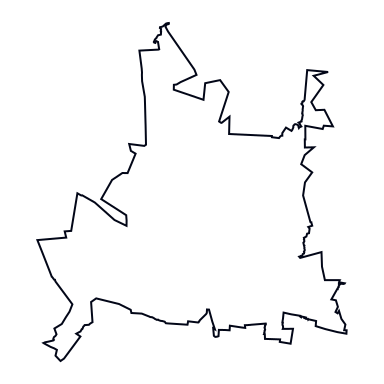 outline of Charcas, San Luis Potosí, Mexico
{"feature_id": "50627088B65419773344974", "entity_name": "Charcas", "entity_type": "district", "adm_level": 2, "iso_a3": "MEX", "parent_name": "Mexico", "parent_adm1": "San Luis Potosí", "projection": "orthographic", "projection_center": [-101.043, 23.271], "detail": "fine", "context": "isolated", "style": "outline", "palette": "ink", "viewbox_px": 384, "rotation_deg": 0, "n_neighbors": 0, "source": "geoboundaries", "source_scale": "gbopen_adm2", "svg_char_len": 5696}
<svg xmlns="http://www.w3.org/2000/svg" viewBox="0 0 384 384"><path d="M328.1,72.0L307.2,70.1L304.6,99.8L303.8,101.2L302.8,101.3L302.7,101.7L302.3,101.9L302.3,102.4L302.5,102.6L302.4,102.9L302.1,103.1L301.9,103.3L301.8,103.5L301.7,103.6L301.4,103.7L301.4,104.0L301.8,104.5L302.3,104.8L302.5,105.0L303.0,105.8L303.1,106.2L303.1,106.4L302.9,107.0L302.9,107.3L302.9,107.6L302.9,108.1L302.7,108.8L302.6,109.2L302.7,109.5L302.7,110.2L302.7,110.8L302.6,111.4L302.5,111.6L302.4,112.0L302.5,113.1L302.2,113.3L302.3,113.5L302.3,114.0L302.6,114.5L302.8,115.3L302.6,115.8L302.5,116.2L302.3,117.5L302.2,118.0L302.1,119.0L301.9,119.5L301.5,120.6L301.3,120.8L301.2,121.0L301.6,121.4L301.6,121.5L301.4,121.6L300.9,121.4L300.2,122.0L299.1,122.4L299.0,122.5L298.7,122.6L298.8,122.7L299.3,123.1L299.5,123.4L299.8,123.7L299.9,124.0L300.0,124.3L300.2,124.6L300.5,125.4L300.7,125.6L301.0,126.1L301.3,126.5L299.3,127.4L298.9,128.0L298.6,127.2L298.2,125.3L297.1,124.6L295.7,124.2L295.1,124.2L294.6,124.4L294.3,124.8L293.6,125.5L293.3,126.0L293.3,127.5L292.2,130.0L291.5,130.9L290.5,130.3L286.0,127.6L282.3,133.1L282.3,135.7L281.2,135.7L279.9,136.8L279.0,138.1L271.9,137.2L271.9,136.0L229.1,134.0L229.5,116.7L221.7,122.8L221.3,122.7L221.1,122.8L219.1,121.5L228.7,92.0L220.1,80.1L205.2,83.2L203.5,99.8L173.8,89.7L173.9,84.8L176.6,84.5L180.6,82.1L196.5,74.9L194.4,69.6L168.1,31.6L165.5,26.8L166.1,25.4L166.5,24.8L167.5,24.3L168.3,24.2L168.9,23.8L168.8,23.0L167.3,23.2L166.0,23.6L164.9,24.6L162.9,26.4L161.5,26.9L160.0,27.2L159.9,28.1L161.1,29.0L160.7,31.3L160.8,31.7L161.1,31.7L160.9,34.6L158.3,35.2L157.9,35.4L157.6,36.0L156.5,37.6L156.5,37.9L154.9,39.5L154.3,41.1L154.0,41.5L153.8,42.0L154.0,42.3L154.2,42.6L155.3,42.9L155.5,42.1L156.1,41.3L156.4,41.1L156.6,41.1L157.6,41.9L157.8,42.0L158.0,42.0L159.2,49.3L158.5,49.6L139.4,50.6L141.7,68.5L142.0,72.5L141.9,75.0L142.1,81.2L144.8,96.8L144.9,99.8L145.0,103.3L145.5,122.1L145.6,125.4L146.0,144.7L144.3,145.9L129.2,144.0L130.9,150.9L135.6,153.7L127.6,173.1L122.4,173.0L112.1,179.9L101.2,199.1L126.2,215.2L126.6,220.6L126.5,225.8L114.5,220.0L94.8,202.5L82.2,195.3L81.3,195.5L77.4,193.3L71.2,230.9L64.7,231.4L65.3,233.9L66.2,237.6L46.5,239.3L37.4,240.1L42.4,252.7L49.6,271.1L51.6,276.3L51.7,276.7L51.9,276.8L52.1,276.9L54.2,279.7L55.0,279.8L55.4,281.4L72.4,304.3L69.5,311.7L65.9,317.2L61.8,324.0L54.4,328.5L56.5,334.3L55.7,335.6L55.2,336.2L54.4,336.7L54.0,337.1L53.4,338.5L53.3,339.1L53.9,339.9L53.5,340.4L52.6,340.6L52.4,340.7L48.1,341.7L45.0,342.3L44.0,342.8L43.5,343.0L43.8,343.2L44.1,343.4L45.4,344.1L46.1,344.5L49.3,346.2L50.6,346.9L52.8,347.8L54.1,348.3L56.9,349.9L55.5,355.7L60.5,361.0L64.0,358.6L80.4,336.5L76.3,333.7L79.8,331.8L80.5,331.5L81.7,329.2L82.2,329.2L82.5,328.8L83.3,326.6L84.3,325.7L84.6,325.1L88.9,324.8L89.9,323.8L91.4,322.8L92.5,322.2L91.1,302.0L96.2,298.4L119.0,304.0L130.7,309.8L131.4,313.0L141.8,313.6L148.6,316.3L149.2,316.5L149.6,316.8L150.7,317.1L151.6,317.1L152.0,317.3L152.5,317.3L153.0,317.7L154.0,318.2L154.9,318.9L157.0,319.9L158.0,319.6L158.6,320.1L159.9,320.6L160.9,320.9L162.2,321.0L162.9,321.2L164.7,321.7L165.8,323.2L167.6,323.4L187.5,324.7L188.1,321.3L198.2,322.5L198.5,322.4L198.9,321.9L198.9,321.5L199.5,321.0L199.9,320.2L206.2,314.0L206.8,312.9L207.0,309.5L209.0,309.6L212.3,321.6L214.9,329.3L213.2,328.3L213.9,335.8L214.8,336.6L215.4,336.9L217.0,336.7L218.5,336.2L218.9,329.9L225.0,330.0L229.6,330.3L229.9,325.7L241.8,327.5L245.2,327.9L244.9,325.2L247.6,325.1L248.3,325.0L250.3,324.9L250.6,324.8L266.6,323.5L266.4,323.6L266.0,323.8L265.9,324.0L265.7,324.1L265.7,324.3L265.7,324.5L265.6,324.8L265.5,325.0L265.4,325.2L265.3,325.3L265.2,325.3L265.0,325.5L264.9,325.8L264.9,326.0L264.9,326.3L264.9,326.5L264.7,327.2L264.8,327.2L264.7,327.6L264.8,327.7L264.8,327.8L264.7,328.0L264.8,328.3L264.9,328.7L264.9,329.2L265.1,329.7L265.0,329.8L264.8,330.6L264.6,330.7L264.6,330.8L264.6,331.0L264.6,331.5L264.5,331.9L264.5,332.0L264.4,332.1L264.3,332.3L264.5,332.5L264.4,333.0L264.4,333.3L264.2,333.6L264.0,334.1L264.8,334.2L265.0,338.9L280.1,339.4L279.8,341.9L290.6,343.7L293.0,328.8L282.8,328.9L283.1,328.0L283.0,326.2L282.9,325.7L282.5,325.0L282.5,323.5L282.7,323.3L282.9,322.8L282.8,322.3L282.4,322.2L283.0,318.6L283.6,312.6L291.1,314.3L300.2,315.8L300.0,316.4L301.2,317.3L301.6,316.5L304.2,317.1L304.3,318.1L304.9,318.2L305.1,317.3L306.2,317.6L306.1,318.8L306.8,318.9L307.8,319.2L308.0,319.1L308.2,319.7L308.3,319.6L308.6,319.3L316.1,321.0L315.7,326.1L325.4,329.1L337.4,332.1L346.4,333.7L346.6,330.3L344.2,330.2L345.4,324.5L341.4,318.9L339.0,310.9L337.6,313.3L335.5,312.0L337.9,306.9L335.9,300.3L331.4,299.4L337.3,288.9L337.7,289.0L337.7,288.9L337.6,288.7L337.8,288.2L338.2,287.7L338.3,287.6L338.6,287.2L338.3,287.0L338.5,286.4L339.8,284.5L338.9,284.3L338.9,283.6L340.5,283.9L340.6,283.5L343.2,284.0L344.6,283.6L344.8,283.3L339.1,282.3L339.4,281.2L339.4,280.7L339.5,280.5L339.7,280.2L338.8,280.1L324.9,280.1L322.0,266.7L321.5,252.1L300.2,257.9L299.2,256.7L300.0,256.5L300.8,255.9L301.4,256.0L302.3,255.4L302.5,255.1L302.7,254.2L303.0,253.9L304.0,253.5L304.0,253.0L304.3,252.4L304.0,251.5L304.2,251.4L304.7,250.4L304.7,249.5L304.3,248.4L304.5,247.5L304.2,246.8L304.2,246.0L304.4,245.5L303.9,245.2L303.6,243.8L303.4,243.0L303.4,242.6L303.8,242.3L304.3,241.5L304.1,240.9L304.3,240.2L304.2,239.7L303.9,239.3L304.2,238.6L303.9,237.8L306.4,236.5L307.1,233.7L309.0,233.2L309.6,228.7L308.3,227.0L312.2,225.7L311.9,224.8L311.9,224.3L311.4,223.1L311.4,222.3L310.4,222.0L303.1,195.5L305.0,182.4L312.2,172.4L301.2,164.2L304.7,155.1L313.9,147.3L304.9,147.5L304.8,139.4L305.4,139.4L305.3,125.8L322.7,129.0L323.8,125.7L332.9,126.4L324.4,109.8L315.8,110.2L311.3,102.1L323.4,85.0L313.7,75.8L328.1,72.0Z" fill="none" stroke="#020617" stroke-width="2"/></svg>